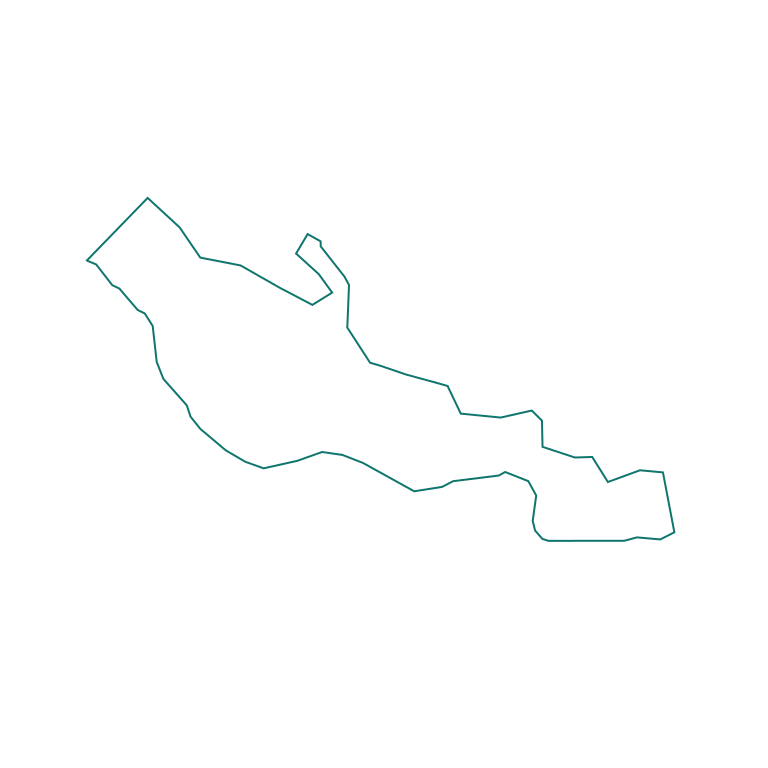 the district of Tashkent, Tashkent, Uzbekistan, rotated 235°
{"feature_id": "79887680B72544223780666", "entity_name": "Tashkent", "entity_type": "district", "adm_level": 2, "iso_a3": "UZB", "parent_name": "Uzbekistan", "parent_adm1": "Tashkent", "projection": "natural_earth1", "projection_center": [69.187, 41.366], "detail": "fine", "context": "isolated", "style": "outline", "palette": "teal", "viewbox_px": 768, "rotation_deg": 235, "n_neighbors": 0, "source": "geoboundaries", "source_scale": "gbopen_adm2", "svg_char_len": 980}
<svg xmlns="http://www.w3.org/2000/svg" viewBox="0 0 768 768"><g transform="rotate(235 384 384)"><path d="M345.7,435.1L353.0,429.2L379.0,407.6L401.8,390.9L409.4,384.8L451.3,386.3L485.1,412.1L494.5,413.2L533.0,411.1L537.2,413.9L550.6,407.4L541.3,386.8L511.3,393.6L488.6,394.0L489.9,370.7L522.2,354.0L563.4,334.5L592.9,306.0L629.6,306.4L672.0,297.1L655.6,211.5L655.2,211.6L647.1,216.8L620.8,218.1L613.9,222.0L601.1,223.2L585.9,224.7L579.0,228.5L564.2,227.8L532.5,210.5L514.7,206.2L479.6,210.2L468.2,206.8L452.6,207.8L420.5,216.3L399.8,225.8L384.0,237.0L370.8,268.9L363.8,294.3L349.7,309.3L331.4,321.5L278.8,347.2L266.4,372.6L264.7,385.0L243.2,425.5L242.4,432.8L221.6,446.5L205.3,444.7L186.6,427.3L177.3,423.7L166.3,424.9L161.2,428.7L117.7,491.0L113.3,503.2L98.2,521.2L96.0,536.8L151.6,561.8L166.5,544.2L175.3,511.2L204.8,512.7L214.3,498.2L241.6,477.8L263.4,492.4L277.5,489.8L289.6,460.3L315.7,429.9L344.5,434.7L345.7,435.1Z" fill="none" stroke="#0f766e" stroke-width="2"/></g></svg>